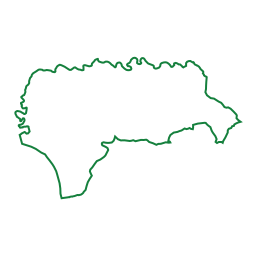 the district of Socol, Caras-Severin, Romania
{"feature_id": "2599482B21362983579881", "entity_name": "Socol", "entity_type": "district", "adm_level": 2, "iso_a3": "ROU", "parent_name": "Romania", "parent_adm1": "Caras-Severin", "projection": "equal_earth", "projection_center": [21.423, 44.831], "detail": "fine", "context": "isolated", "style": "outline", "palette": "green", "viewbox_px": 256, "rotation_deg": 0, "n_neighbors": 0, "source": "geoboundaries", "source_scale": "gbopen_adm2", "svg_char_len": 5605}
<svg xmlns="http://www.w3.org/2000/svg" viewBox="0 0 256 256"><path d="M240.6,121.8L239.5,121.0L238.4,120.2L237.4,119.2L236.5,118.2L236.8,115.6L236.4,114.6L233.6,111.6L230.6,108.7L228.2,107.4L226.5,107.7L224.5,107.1L222.9,104.8L221.2,102.8L218.7,101.6L214.0,98.6L210.7,98.1L207.0,95.3L205.4,92.2L206.0,89.0L206.1,85.4L206.3,81.8L206.7,77.1L206.1,76.6L205.1,76.2L204.5,75.8L204.0,75.3L203.9,74.6L202.9,73.4L203.2,72.7L203.3,71.9L203.0,71.3L202.1,70.5L200.5,69.0L200.1,68.2L199.0,66.7L197.3,65.5L196.8,65.5L196.4,65.2L195.6,64.8L195.1,64.6L194.7,64.3L194.0,63.2L193.9,62.6L193.4,62.2L192.9,62.5L190.3,61.0L188.8,61.1L187.2,61.7L186.1,63.1L186.1,65.9L183.7,67.1L183.3,67.4L182.6,67.0L182.4,66.8L182.2,66.4L180.3,64.6L179.9,64.4L178.7,64.4L177.4,63.5L175.8,62.9L174.3,63.3L174.2,63.4L174.0,64.0L174.3,64.8L174.3,65.0L172.6,66.7L171.8,66.9L171.5,66.9L171.2,66.8L171.1,66.6L169.8,64.8L169.0,64.0L167.4,62.8L166.5,62.5L165.8,62.3L164.0,62.4L162.5,62.8L161.9,63.0L161.4,63.3L160.9,63.7L160.6,64.1L160.4,64.6L160.3,65.6L160.2,66.1L159.2,67.5L157.6,68.2L156.5,68.5L155.7,68.6L154.7,68.3L154.3,68.1L154.1,67.8L153.9,67.4L153.8,67.0L153.8,66.2L153.7,65.9L153.0,65.3L152.2,65.0L148.9,63.8L147.9,63.3L145.5,60.8L144.3,58.9L144.0,58.6L143.3,58.2L142.5,58.1L141.7,58.3L141.2,58.8L140.7,59.5L140.5,60.3L140.4,61.5L140.6,61.9L141.2,62.7L141.2,63.1L141.1,63.4L140.4,63.9L139.7,64.1L138.7,64.0L138.0,63.7L137.3,63.2L137.1,63.0L137.1,62.7L137.1,62.0L137.3,61.2L137.4,60.3L137.2,59.5L137.0,59.1L135.8,58.1L134.9,57.8L134.5,57.8L133.3,58.0L132.3,58.7L131.1,59.8L130.4,61.6L129.7,62.6L129.0,63.1L127.8,63.7L127.5,64.0L127.1,64.4L127.1,65.0L127.7,65.9L127.9,66.1L129.0,66.1L130.6,66.9L130.8,67.1L131.1,67.9L131.3,68.4L131.3,68.9L131.1,69.3L130.8,69.7L130.5,69.8L129.5,70.1L128.2,70.2L126.9,70.0L126.3,69.8L124.5,68.6L122.3,66.5L121.9,66.0L121.7,65.2L121.5,64.3L121.2,63.8L120.4,62.9L119.9,62.6L119.3,62.5L118.2,62.7L117.6,62.9L116.9,63.5L116.4,64.4L115.8,66.8L115.4,67.2L115.1,67.3L114.4,66.8L112.8,65.4L111.6,64.7L110.2,63.2L109.0,62.3L108.1,61.9L107.5,61.7L106.0,61.6L105.2,61.8L104.4,62.3L103.6,62.6L102.6,62.6L101.9,62.5L100.0,61.9L98.8,61.4L98.1,60.3L97.9,59.7L97.9,59.0L97.8,58.9L96.4,59.3L95.1,60.0L94.8,60.3L94.3,61.2L92.8,62.7L92.0,63.6L91.8,64.5L91.8,65.4L91.4,65.8L90.1,66.2L89.2,66.3L88.4,66.1L85.2,65.2L84.3,65.2L83.6,65.5L83.4,65.8L83.3,66.2L83.5,67.7L83.5,69.9L83.4,70.0L82.6,70.2L82.0,70.3L80.3,69.7L78.7,69.5L77.4,68.9L75.2,67.4L74.3,67.5L73.8,67.8L71.1,69.8L70.6,69.9L69.6,69.9L68.9,69.5L64.6,66.7L61.6,65.3L60.4,64.9L59.8,64.8L59.3,64.9L58.8,65.3L57.7,65.9L57.0,66.6L56.2,68.0L55.4,69.2L55.3,70.2L55.4,71.5L55.1,71.9L54.8,72.1L53.9,72.1L52.5,71.8L52.1,71.6L51.1,70.7L48.9,70.3L46.7,70.0L46.3,70.1L45.1,70.4L43.9,70.5L43.1,70.4L42.6,70.0L42.3,69.8L40.4,69.5L39.6,69.5L38.7,69.7L38.3,69.9L36.3,71.3L33.1,73.3L31.9,74.8L31.7,75.3L31.6,76.1L31.5,76.4L30.1,78.0L29.9,78.6L29.2,80.9L29.1,82.1L29.2,82.8L29.1,83.2L28.3,84.6L27.1,85.5L26.3,86.3L25.7,88.8L25.2,89.8L25.2,90.4L25.4,91.9L25.3,92.3L24.6,94.1L24.3,94.8L24.1,95.1L23.2,95.3L22.5,96.0L21.4,96.8L21.3,97.0L21.4,97.5L22.8,99.0L23.4,99.6L23.7,100.0L24.0,100.6L24.0,100.9L23.9,101.2L23.5,101.7L22.1,102.5L21.2,102.8L21.0,103.0L21.0,103.4L21.0,103.7L21.9,104.9L22.0,105.1L21.6,105.9L21.7,106.5L22.4,107.8L22.7,108.2L23.0,108.4L24.3,108.3L25.0,108.1L26.2,107.6L26.4,107.6L26.6,107.7L26.7,108.0L26.7,108.3L26.5,110.3L26.0,113.1L25.4,113.6L24.8,114.0L24.2,114.0L23.1,113.2L21.6,112.4L20.6,111.7L20.0,111.5L17.5,111.0L17.0,111.1L16.6,111.3L15.7,111.9L15.4,112.4L15.4,112.8L15.4,113.3L15.7,114.4L16.5,115.7L16.8,116.7L18.0,117.4L18.9,118.2L19.8,118.7L20.0,118.9L20.1,119.2L20.3,119.9L20.2,120.7L20.3,121.0L20.8,121.2L21.1,121.1L22.8,118.5L23.1,118.3L23.6,118.3L23.9,118.4L24.2,118.8L24.3,119.1L24.5,119.8L24.5,120.4L24.3,121.1L23.7,122.1L23.0,123.5L22.1,124.1L21.1,124.6L19.2,124.9L18.8,125.3L18.9,125.5L18.9,126.1L19.6,126.6L19.9,127.5L20.8,127.7L21.7,127.4L22.7,127.4L22.9,127.0L24.1,126.7L25.8,126.7L26.8,126.3L27.8,126.3L28.5,126.7L28.5,127.4L28.9,128.7L29.6,131.5L28.0,133.4L26.5,133.6L25.0,132.2L24.6,132.0L21.6,133.5L20.9,134.2L19.7,134.9L22.1,143.8L31.2,146.7L35.8,148.9L41.3,152.6L45.1,154.4L46.9,157.1L49.7,160.6L52.5,164.4L54.0,166.8L56.2,171.2L57.1,174.2L59.6,183.3L60.3,188.4L60.5,193.8L61.6,198.2L68.1,197.3L69.0,197.1L69.5,197.2L69.8,197.0L70.0,196.8L71.0,196.6L71.7,196.5L72.4,196.6L73.1,196.3L74.4,196.1L77.4,195.0L78.3,195.0L78.8,195.2L79.7,194.9L80.8,194.7L82.2,193.8L83.2,192.9L83.7,191.9L85.6,189.9L86.6,186.0L87.8,182.2L89.7,178.9L91.8,175.7L90.8,173.6L89.9,171.4L90.3,169.6L92.3,167.4L94.5,164.2L96.8,161.1L100.4,159.5L103.9,157.0L105.4,155.5L108.2,150.0L107.6,148.2L106.4,147.3L105.1,146.6L102.3,145.3L101.8,143.9L102.2,142.8L103.6,142.3L105.6,142.7L107.6,142.9L108.7,142.9L111.8,142.5L113.6,140.8L114.5,138.7L115.1,136.5L117.9,139.2L120.8,140.4L124.5,140.3L129.8,141.0L131.6,140.7L133.2,140.2L135.5,141.2L141.0,139.9L143.6,140.0L146.2,139.7L147.4,140.3L149.2,142.0L152.9,143.2L156.4,144.8L158.3,143.9L160.8,143.8L165.7,142.3L168.8,142.7L170.3,142.5L169.9,141.7L168.3,141.0L169.1,137.6L170.4,135.0L173.7,132.6L177.5,131.9L179.4,131.1L181.5,130.5L184.6,128.5L186.5,129.1L188.1,128.7L189.6,128.0L191.0,128.9L192.8,129.2L193.1,127.7L193.1,124.9L197.8,123.6L204.5,122.8L205.7,122.9L206.7,124.1L207.8,125.2L209.1,126.2L210.4,127.1L211.6,130.5L212.7,132.5L215.4,136.2L216.6,139.1L215.6,141.9L217.0,143.0L218.8,142.0L221.5,142.0L222.7,142.8L223.2,141.1L225.4,137.4L227.3,133.4L227.7,132.7L227.8,130.3L228.8,128.8L231.2,128.0L232.2,126.2L233.9,125.9L234.3,124.5L235.8,123.6L237.9,122.6L240.6,121.8Z" fill="none" stroke="#15803d" stroke-width="2"/></svg>